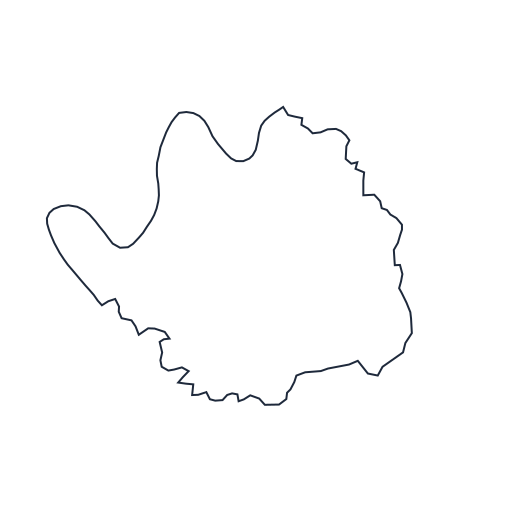 Rio dos Índios, Rio Grande do Sul, Brazil, rotated 318°
{"feature_id": "56859067B40054985686556", "entity_name": "Rio dos Índios", "entity_type": "district", "adm_level": 2, "iso_a3": "BRA", "parent_name": "Brazil", "parent_adm1": "Rio Grande do Sul", "projection": "natural_earth1", "projection_center": [-52.887, -27.252], "detail": "fine", "context": "isolated", "style": "outline", "palette": "slate", "viewbox_px": 512, "rotation_deg": 318, "n_neighbors": 0, "source": "geoboundaries", "source_scale": "gbopen_adm2", "svg_char_len": 2196}
<svg xmlns="http://www.w3.org/2000/svg" viewBox="0 0 512 512"><g transform="rotate(318 256 256)"><path d="M108.5,189.5L116.0,190.8L122.6,193.7L120.4,201.9L116.7,205.6L114.5,212.3L120.4,220.5L119.4,227.7L116.2,236.1L127.5,237.6L132.1,242.1L137.4,251.4L136.4,259.5L131.8,256.2L126.9,255.4L121.7,264.9L115.2,269.5L111.8,275.2L114.2,282.5L119.2,285.6L126.4,289.2L128.9,296.5L120.4,297.1L113.5,298.0L118.5,304.0L123.5,309.4L115.5,316.6L120.2,320.5L128.0,323.9L125.9,331.6L128.9,336.2L134.7,340.7L141.6,340.0L146.3,342.1L149.6,346.4L145.9,352.3L151.0,354.4L158.5,355.7L163.0,364.1L163.0,372.5L173.7,381.8L182.8,382.6L187.6,378.4L192.3,378.2L200.1,375.3L206.0,371.9L214.7,375.3L227.2,384.9L234.2,387.8L252.5,398.9L261.5,402.0L260.5,418.2L266.5,426.3L275.9,423.0L300.8,426.0L308.8,420.6L320.2,417.6L329.4,406.2L333.1,401.0L336.6,391.4L339.5,381.2L340.8,375.7L346.8,371.9L352.7,367.4L357.0,359.0L353.0,355.7L362.5,343.7L370.2,341.2L377.3,336.8L382.1,334.1L385.4,330.4L385.7,321.8L383.6,315.1L384.1,309.4L381.4,304.6L384.9,298.4L384.9,289.6L376.4,282.7L386.2,271.8L392.3,266.2L388.3,257.8L394.0,254.1L388.6,251.2L387.6,243.9L396.6,234.9L402.8,232.5L403.5,226.5L402.8,220.2L400.5,215.1L394.0,209.8L386.7,207.3L380.2,202.7L379.9,196.0L377.5,188.9L382.6,184.5L378.1,178.4L374.2,172.7L375.9,163.4L371.3,162.8L366.0,161.9L359.1,161.3L352.9,161.3L347.1,162.6L340.6,166.5L334.6,171.5L326.9,176.9L320.8,179.0L316.2,179.1L310.0,177.0L304.8,172.2L302.8,166.8L302.3,159.8L302.5,153.6L302.7,147.3L303.8,137.9L306.8,128.3L308.1,121.0L307.6,114.1L305.1,107.9L300.6,102.4L294.6,98.2L288.6,98.9L282.9,100.0L277.4,101.9L272.0,104.0L257.8,111.2L250.6,116.6L244.9,120.5L240.6,124.9L236.1,130.1L231.9,136.7L228.4,141.2L224.4,146.0L219.9,150.0L213.9,154.2L207.7,157.4L201.5,159.6L194.4,161.3L187.6,163.2L181.2,164.0L172.9,164.7L166.7,163.8L160.5,158.9L157.8,150.9L158.3,144.0L159.0,137.5L159.4,128.9L159.9,122.8L160.0,113.6L159.1,107.2L156.0,99.7L150.5,92.8L144.3,88.4L137.1,85.7L131.4,85.7L125.9,88.0L122.4,92.3L119.7,97.9L117.5,103.4L114.8,111.4L112.2,122.2L111.0,130.1L110.3,136.4L110.0,147.1L109.7,155.9L109.5,163.8L109.5,169.7L109.4,176.3L108.5,183.2L108.5,189.5Z" fill="none" stroke="#1e293b" stroke-width="2"/></g></svg>